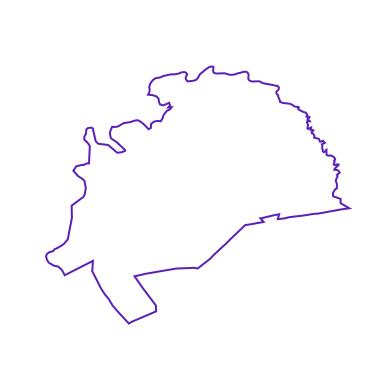 outline of Fresnillo de Trujano, Oaxaca, Mexico, rotated 82°
{"feature_id": "50627088B98936823972638", "entity_name": "Fresnillo de Trujano", "entity_type": "district", "adm_level": 2, "iso_a3": "MEX", "parent_name": "Mexico", "parent_adm1": "Oaxaca", "projection": "natural_earth1", "projection_center": [-98.145, 17.929], "detail": "fine", "context": "isolated", "style": "outline", "palette": "violet", "viewbox_px": 384, "rotation_deg": 82, "n_neighbors": 0, "source": "geoboundaries", "source_scale": "gbopen_adm2", "svg_char_len": 4247}
<svg xmlns="http://www.w3.org/2000/svg" viewBox="0 0 384 384"><g transform="rotate(82 192 192)"><path d="M180.9,47.0L180.4,46.7L179.9,45.8L179.1,45.7L178.4,46.1L177.4,46.4L177.0,46.8L176.9,47.0L176.4,47.6L176.0,48.0L175.7,48.2L175.3,49.3L175.4,49.5L175.1,49.8L175.0,50.7L175.0,52.1L174.4,53.0L173.9,53.6L168.9,53.0L169.4,53.9L170.4,54.3L170.8,56.1L169.5,56.9L168.5,56.7L167.5,56.9L166.4,56.9L164.4,56.5L162.8,56.7L161.8,53.6L159.4,55.2L160.1,56.8L159.9,58.3L157.4,58.8L156.9,59.3L155.2,63.5L153.6,62.9L151.1,63.9L150.4,65.2L149.4,65.2L147.9,63.3L147.3,63.8L147.0,65.9L144.7,65.1L145.7,68.3L145.1,68.9L143.8,68.5L142.0,67.7L139.0,68.5L138.0,68.0L138.4,65.4L137.7,65.7L136.8,67.5L135.3,67.3L134.7,65.4L134.2,65.2L133.6,65.8L133.1,68.1L131.2,67.1L130.1,67.9L129.2,68.3L128.2,70.7L125.2,74.9L123.8,75.4L123.1,74.5L122.5,75.2L122.0,77.1L121.6,78.5L119.2,81.1L118.2,82.9L117.6,85.2L116.4,89.8L114.9,92.4L113.6,92.2L112.6,92.6L111.6,92.8L110.8,93.1L109.6,93.3L109.0,93.4L108.1,93.4L106.7,94.4L105.7,94.7L104.6,94.5L103.8,93.7L103.2,92.7L102.3,91.9L101.5,91.6L100.5,91.4L100.2,91.6L99.5,92.1L98.8,92.7L98.6,93.1L98.5,94.1L97.8,95.9L97.1,97.5L95.8,101.7L94.9,104.6L93.5,107.6L92.1,109.2L91.6,110.8L91.4,112.6L91.3,113.6L91.2,114.7L91.1,116.1L90.8,117.5L90.4,118.4L89.9,119.2L89.4,119.8L88.5,120.3L87.1,120.4L86.2,120.2L85.1,119.8L84.1,119.7L83.9,119.7L83.3,119.7L82.4,120.0L81.6,120.4L80.9,121.0L80.5,122.0L80.2,122.6L80.3,125.2L80.7,127.6L81.0,131.3L81.5,133.0L81.5,136.5L81.2,138.0L80.8,139.2L80.2,140.6L79.7,141.7L79.0,142.9L78.5,147.1L78.5,148.2L78.3,149.8L78.1,151.1L77.7,152.5L77.1,153.5L76.1,154.2L74.9,154.2L73.7,153.9L72.5,153.6L71.6,153.4L71.1,153.5L70.7,154.1L70.5,154.5L70.6,156.3L70.6,157.0L70.8,158.0L71.4,159.1L72.0,160.3L72.6,161.6L73.4,162.9L74.0,163.7L74.8,164.9L76.0,166.9L76.9,168.2L77.6,168.6L78.8,169.5L80.2,170.5L81.0,171.7L81.7,172.8L82.0,175.4L82.0,180.3L81.7,181.0L81.0,181.7L79.8,182.1L78.6,182.4L77.4,182.2L76.7,181.7L75.9,181.2L75.1,180.4L74.0,180.8L73.0,181.3L72.5,182.2L72.1,183.1L72.1,184.1L72.1,185.0L72.1,185.5L72.2,186.2L72.4,187.2L72.8,188.2L73.0,189.5L72.9,190.6L73.0,191.7L73.0,192.8L73.0,193.9L72.7,195.5L72.6,198.2L73.1,202.8L73.1,204.0L73.7,206.1L74.1,207.5L74.2,209.2L74.1,210.5L74.3,212.4L75.1,214.0L75.9,215.4L76.6,216.0L77.6,217.3L78.7,218.0L80.0,218.8L81.2,219.4L82.5,219.8L84.2,219.6L86.0,220.0L87.4,220.4L89.5,222.0L90.6,217.5L92.4,213.9L94.7,212.2L98.4,212.1L100.8,211.5L102.2,208.7L101.5,205.5L100.5,202.2L103.3,201.7L105.0,203.7L105.2,200.4L107.2,202.5L108.2,205.7L111.7,209.3L115.1,211.0L117.6,213.1L116.7,216.8L117.2,220.3L119.0,223.1L122.8,223.8L123.8,226.3L120.5,228.5L117.8,230.7L115.3,233.0L113.4,235.7L113.3,238.2L114.2,243.6L114.3,250.2L116.8,256.2L116.9,259.3L116.3,262.0L121.6,265.1L126.4,265.0L127.9,264.4L132.1,259.7L140.8,252.7L141.8,252.4L142.9,256.2L142.7,260.6L133.8,268.4L131.1,278.3L128.2,280.3L115.2,281.4L114.2,282.8L114.2,286.2L115.4,287.9L120.0,289.1L121.9,290.8L125.1,291.4L127.9,289.1L130.0,287.8L132.3,286.8L149.4,290.0L149.0,292.3L150.3,295.9L149.8,296.6L150.5,303.1L154.4,306.5L160.3,302.7L163.4,299.1L165.9,297.0L169.3,296.8L173.7,296.6L177.0,297.8L179.5,298.6L181.6,300.0L188.8,313.1L200.8,314.5L204.1,315.6L208.4,317.1L209.5,317.5L221.6,321.6L225.6,326.1L227.0,329.0L228.7,332.9L229.5,335.9L231.3,337.9L231.8,341.7L233.1,344.2L235.3,345.5L238.8,345.1L242.0,343.7L246.0,338.7L246.9,335.4L249.2,333.1L251.3,331.6L256.7,329.6L246.9,301.2L246.4,299.7L256.6,301.8L275.1,295.4L281.0,292.7L286.4,289.3L293.5,286.4L301.0,281.5L313.5,272.8L312.1,269.7L305.2,244.1L299.3,243.6L288.6,249.5L278.5,255.1L267.5,260.6L266.5,248.6L265.6,218.5L267.4,200.5L268.5,196.9L260.3,182.8L258.0,180.1L249.9,168.5L247.5,164.8L244.3,160.9L236.9,150.5L232.2,144.0L232.1,137.5L231.6,125.2L227.6,127.9L227.6,126.6L226.4,114.0L226.2,108.8L230.8,110.8L231.0,104.2L230.5,99.6L230.6,91.9L230.8,86.0L230.6,72.6L231.0,71.6L230.0,47.1L230.0,38.5L223.8,46.4L219.5,45.8L215.9,52.8L212.7,52.6L209.7,50.3L208.9,49.2L208.6,48.0L204.0,47.4L201.7,48.0L199.7,47.6L196.7,45.7L195.1,46.0L193.4,43.1L191.2,44.1L190.3,45.6L190.0,47.3L189.7,48.0L188.5,47.1L185.7,43.2L185.4,42.9L185.1,43.0L184.8,44.3L185.3,46.8L184.3,47.9L183.6,47.6L182.6,46.9L181.8,46.6L180.9,47.0Z" fill="none" stroke="#5b21b6" stroke-width="2"/></g></svg>